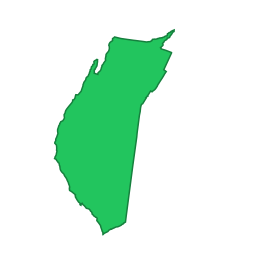 outline of San Pablo del Monte, Tlaxcala, Mexico, rotated 158°
{"feature_id": "50627088B8898417046672", "entity_name": "San Pablo del Monte", "entity_type": "district", "adm_level": 2, "iso_a3": "MEX", "parent_name": "Mexico", "parent_adm1": "Tlaxcala", "projection": "albers", "projection_center": [-98.142, 19.161], "detail": "fine", "context": "isolated", "style": "filled", "palette": "green", "viewbox_px": 256, "rotation_deg": 158, "n_neighbors": 0, "source": "geoboundaries", "source_scale": "gbopen_adm2", "svg_char_len": 5800}
<svg xmlns="http://www.w3.org/2000/svg" viewBox="0 0 256 256"><g transform="rotate(158 128 128)"><path d="M206.0,123.9L205.7,122.9L205.7,122.5L205.8,122.3L205.8,122.2L205.2,121.4L205.1,121.2L205.2,120.5L205.6,119.3L205.5,119.0L205.5,118.7L205.6,117.6L205.7,117.3L205.9,116.8L206.3,115.0L206.3,114.0L206.2,113.3L205.9,112.0L205.4,110.8L204.8,109.4L204.6,108.8L204.6,108.6L204.7,108.3L204.8,108.1L204.6,106.9L204.1,105.0L204.0,104.0L203.9,103.3L203.9,102.7L204.0,102.2L203.8,100.6L203.8,99.5L204.0,98.2L203.9,97.9L204.0,96.3L204.1,95.5L204.3,95.1L204.5,94.9L204.5,94.3L204.9,94.1L205.3,93.3L205.3,92.6L205.2,92.3L205.3,92.1L205.5,91.9L204.7,90.9L204.0,89.9L201.7,85.7L202.4,85.0L202.4,84.8L202.3,84.5L202.3,84.2L202.6,83.7L202.4,83.1L202.5,83.0L202.3,81.6L202.2,81.1L202.2,80.9L202.1,80.2L201.9,79.5L201.6,77.9L201.0,76.9L200.6,75.9L201.2,75.1L201.2,74.9L201.0,74.5L200.6,74.0L200.3,74.5L199.9,74.8L199.3,75.3L198.7,75.4L198.5,73.9L198.2,73.4L197.7,72.5L197.0,70.4L196.9,69.7L196.7,69.3L196.1,68.7L195.4,68.3L195.0,68.0L194.7,67.7L194.4,67.2L194.0,66.5L194.0,66.2L193.9,65.7L193.9,65.3L193.8,64.9L193.4,64.3L193.3,63.8L193.2,63.5L193.2,62.5L193.5,61.8L193.4,61.6L193.4,61.4L193.2,61.2L192.9,60.4L192.7,59.5L192.3,58.8L191.9,58.4L191.6,57.7L191.4,57.3L190.9,57.0L190.7,56.7L190.6,56.2L190.5,55.5L190.7,55.1L191.3,54.5L191.5,54.1L191.5,53.8L191.5,53.4L191.3,52.9L190.6,50.4L190.0,47.7L190.2,47.1L190.3,46.3L190.4,44.4L190.5,42.7L190.6,42.1L190.6,41.7L190.5,41.1L190.4,40.4L190.5,39.9L191.0,39.2L191.1,38.8L191.1,38.6L189.6,39.2L188.7,39.3L186.1,39.5L185.6,39.5L184.8,39.9L184.4,40.1L183.7,40.5L183.1,40.6L182.7,40.6L182.2,40.5L181.8,40.8L181.6,40.7L181.4,40.6L181.4,40.4L181.0,40.3L180.0,40.6L179.6,40.5L179.2,40.6L178.5,40.5L178.2,40.6L177.8,40.6L176.7,40.7L175.9,40.7L175.2,40.4L174.5,40.3L173.9,40.2L172.5,40.3L172.0,40.3L170.8,40.4L170.7,40.5L170.3,40.6L170.1,40.8L169.9,40.9L169.6,40.8L169.3,40.8L169.1,40.9L168.6,40.9L168.2,40.9L167.5,41.5L167.1,41.4L166.8,41.6L165.6,41.7L162.9,46.6L137.2,92.1L123.3,116.3L121.4,120.0L112.6,135.6L110.6,138.6L108.8,142.0L107.3,144.2L106.3,144.9L105.6,145.0L105.3,145.0L99.9,149.0L100.1,149.4L98.8,149.9L98.5,150.2L98.0,150.2L97.8,150.2L97.9,150.4L93.2,153.8L92.2,152.6L92.0,152.8L90.8,153.0L89.3,153.4L88.7,153.6L87.5,154.2L85.1,155.9L84.5,156.5L84.4,156.7L83.7,157.2L83.3,157.5L83.0,157.6L82.9,157.8L82.5,158.0L82.3,158.2L80.6,159.4L77.7,161.4L75.0,163.4L74.1,164.2L71.4,166.0L72.1,167.1L72.4,167.7L73.0,168.6L59.4,181.4L59.5,181.8L63.8,185.8L67.7,189.0L67.5,189.5L67.8,190.0L67.8,190.3L67.1,190.4L66.6,190.8L65.4,191.2L64.9,191.4L64.6,191.6L64.3,192.0L64.4,193.3L64.0,193.6L63.1,193.9L62.7,194.1L62.0,194.8L61.3,195.2L60.2,195.4L59.2,195.4L58.5,195.8L58.0,196.6L56.6,196.3L55.5,196.4L55.3,196.6L55.1,197.0L54.6,197.3L54.1,197.7L53.4,198.0L52.8,198.4L52.1,198.8L51.2,199.6L50.7,199.8L50.1,200.2L49.2,200.2L49.0,200.5L48.9,200.8L48.5,201.6L50.0,201.6L50.9,201.5L51.7,201.5L52.1,201.4L52.7,200.8L53.1,200.8L54.0,201.1L54.4,201.0L55.0,200.6L55.7,200.6L56.0,200.6L56.4,200.3L56.7,199.5L57.0,199.0L57.2,198.9L57.5,198.9L58.0,199.0L58.9,199.2L59.7,199.1L60.2,198.9L60.4,198.9L60.9,198.9L61.7,199.0L62.0,199.0L62.2,198.9L62.6,198.8L63.3,199.2L64.0,199.3L64.8,199.5L65.2,199.7L65.5,199.7L66.0,199.6L66.4,199.6L66.7,199.7L67.3,199.9L67.8,199.7L68.3,199.8L69.2,199.9L69.4,200.1L69.6,200.3L69.9,200.4L70.2,200.5L70.6,200.4L70.9,200.6L71.4,200.9L72.2,201.0L72.4,200.9L72.6,200.4L73.3,200.0L73.6,200.1L73.8,200.1L74.0,200.0L74.4,199.8L74.7,199.9L75.1,199.8L75.5,199.9L75.9,200.1L77.2,200.5L78.0,200.6L78.8,200.9L81.5,202.5L88.8,206.6L89.8,207.1L90.1,207.3L92.0,208.4L92.9,208.9L93.2,209.1L95.0,210.1L101.0,213.6L103.1,215.1L106.3,217.4L106.7,217.2L107.0,217.2L107.7,216.8L108.5,216.8L109.0,216.5L109.1,216.3L109.3,215.3L109.6,214.8L110.2,214.6L111.1,214.6L111.9,214.2L112.3,214.2L113.0,213.8L113.9,213.1L114.4,212.4L114.8,211.9L114.8,210.8L115.2,209.5L115.5,208.7L116.6,207.1L117.4,206.4L118.5,205.8L119.8,205.1L120.3,204.8L121.0,204.1L121.1,203.9L121.3,203.5L121.5,202.8L121.7,202.5L122.0,202.4L122.3,201.8L122.6,201.4L122.8,200.9L123.2,200.5L123.2,199.6L123.4,199.1L124.7,198.3L126.3,197.3L126.7,196.8L127.7,196.2L128.7,195.8L128.9,195.0L129.5,194.5L130.2,193.7L130.8,192.8L131.5,192.0L132.4,191.4L134.1,190.8L135.3,190.2L135.9,189.0L138.8,191.4L138.3,192.3L137.8,194.1L137.5,194.5L137.2,194.6L136.9,194.5L136.6,194.6L136.2,195.4L135.6,195.6L134.9,196.2L134.4,196.6L133.8,197.0L133.4,197.4L133.3,197.8L132.9,198.3L132.4,199.3L131.5,200.7L130.9,202.2L130.6,202.8L131.3,203.3L131.9,203.2L132.5,202.8L133.5,202.9L134.1,202.7L134.7,202.4L134.9,202.0L135.2,200.5L135.8,200.0L136.6,200.1L137.0,199.8L137.3,199.1L137.8,198.8L138.5,198.7L139.0,198.4L139.7,197.3L140.0,196.5L140.8,196.4L141.2,196.2L141.6,195.5L141.9,194.7L142.5,194.4L142.9,194.0L143.2,193.3L144.7,192.0L145.3,191.3L146.1,190.8L147.3,190.6L148.2,190.0L148.7,189.2L149.3,188.4L150.1,187.9L151.6,187.0L152.5,186.0L153.6,184.8L153.9,184.0L156.1,181.5L156.6,180.9L157.2,180.2L157.8,179.5L158.8,179.1L159.4,178.7L160.0,178.5L160.6,178.1L161.5,177.6L162.1,177.5L163.2,178.1L163.9,178.4L164.7,177.5L165.4,176.4L166.3,175.3L167.7,174.5L168.8,174.7L169.3,173.5L170.4,172.6L174.5,170.4L177.1,168.9L178.1,168.3L179.6,167.1L180.4,165.9L181.2,165.0L182.1,164.5L182.6,163.3L183.1,161.3L183.8,160.5L184.6,159.9L185.8,159.1L188.0,159.0L188.6,158.4L189.6,157.7L190.3,156.6L191.1,156.2L192.4,154.6L193.8,153.0L194.5,151.4L195.0,149.1L196.2,147.8L197.4,146.4L199.2,144.7L199.7,143.4L201.2,142.1L201.6,141.2L201.4,140.8L200.8,139.2L201.0,138.0L201.7,135.9L202.6,134.0L202.4,133.3L203.5,131.8L204.8,129.8L205.8,129.0L206.4,128.6L207.1,127.5L207.2,127.3L207.5,127.1L206.9,126.4L206.6,126.1L206.3,125.8L206.4,125.5L206.3,125.1L206.3,124.8L206.3,124.6L206.3,124.4L206.0,123.9Z" fill="#22c55e" stroke="#15803d" stroke-width="1.5"/></g></svg>